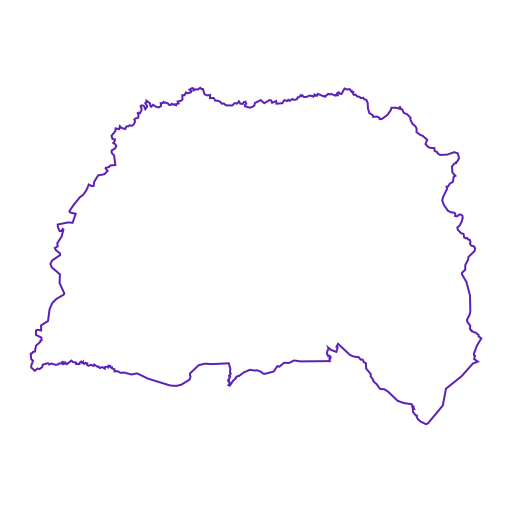 the district of Mueang Amnat Charoen, Amnat Charoen, Thailand
{"feature_id": "78962969B23558627244082", "entity_name": "Mueang Amnat Charoen", "entity_type": "district", "adm_level": 2, "iso_a3": "THA", "parent_name": "Thailand", "parent_adm1": "Amnat Charoen", "projection": "albers", "projection_center": [104.623, 15.875], "detail": "fine", "context": "isolated", "style": "outline", "palette": "violet", "viewbox_px": 512, "rotation_deg": 0, "n_neighbors": 0, "source": "geoboundaries", "source_scale": "gbopen_adm2", "svg_char_len": 5959}
<svg xmlns="http://www.w3.org/2000/svg" viewBox="0 0 512 512"><path d="M229.8,385.7L233.0,380.9L235.8,378.4L235.6,377.6L238.0,375.9L238.9,376.1L243.8,372.4L250.0,369.8L255.1,370.6L256.9,370.2L261.0,371.8L263.3,373.7L265.2,373.8L273.7,371.5L277.4,366.1L279.3,366.7L284.0,362.8L289.0,363.0L293.9,360.5L300.9,361.4L329.8,361.1L329.4,360.2L330.2,358.7L329.6,358.2L330.4,357.9L330.6,356.7L329.0,355.5L328.1,356.0L326.9,353.7L327.5,350.3L328.8,349.3L328.2,347.6L331.2,350.0L336.3,351.9L337.7,347.5L336.5,346.8L338.1,343.8L349.9,354.9L353.4,356.5L358.6,357.1L360.6,359.6L362.5,359.5L363.9,362.2L365.9,363.2L366.2,368.6L370.8,374.1L370.6,376.2L373.2,379.8L373.3,381.3L376.5,384.0L380.0,388.9L384.3,389.3L388.1,391.7L397.6,400.8L404.0,403.1L411.6,404.2L412.6,406.2L413.4,406.4L413.6,407.3L412.7,407.4L414.0,408.8L412.8,408.9L413.1,412.3L415.9,415.5L416.9,415.5L416.8,417.3L418.3,419.6L420.6,421.6L426.1,424.2L428.1,423.2L442.8,405.5L446.0,388.7L461.5,376.3L472.8,363.6L477.8,361.6L474.1,359.0L475.0,355.9L474.0,355.2L473.9,353.7L477.0,345.5L481.3,338.4L478.5,336.3L478.6,335.0L475.9,332.8L471.5,331.1L471.6,330.4L470.1,329.4L470.1,325.4L467.5,322.2L466.9,320.0L469.7,314.5L470.3,311.4L470.0,295.6L466.4,281.9L461.9,274.2L462.1,272.6L465.2,269.8L465.3,265.0L468.1,259.7L468.5,256.9L474.6,251.0L475.1,248.4L474.3,246.6L471.0,245.4L469.9,243.5L470.5,242.1L469.9,240.0L467.8,239.3L467.2,238.0L465.7,238.3L464.2,237.5L463.5,233.9L460.9,233.1L457.7,229.5L457.4,227.3L459.2,226.1L461.4,222.3L462.7,218.1L462.5,215.9L461.3,214.7L459.4,214.5L457.1,216.3L455.1,216.0L455.3,213.7L454.4,212.8L450.6,212.2L447.8,210.6L443.9,205.0L442.2,200.5L443.0,197.2L447.1,188.8L446.5,186.7L448.2,186.3L449.9,183.6L452.9,181.8L453.8,176.5L455.4,175.8L452.4,172.5L451.9,166.6L454.1,163.7L456.0,163.2L456.0,162.2L457.3,161.4L459.1,158.0L457.7,153.3L454.2,152.2L446.9,154.7L440.2,154.9L438.5,154.1L436.7,151.8L434.7,151.1L434.4,148.1L429.8,147.8L427.7,146.6L425.5,144.1L427.2,139.8L422.9,136.0L419.6,134.5L416.5,132.0L416.6,128.6L415.2,126.0L412.6,124.0L410.4,119.7L410.5,117.7L407.4,114.4L403.8,112.9L402.4,109.7L401.0,108.9L399.6,106.3L399.7,108.8L395.8,107.7L391.4,107.8L390.8,110.1L387.3,115.1L381.7,119.0L379.7,119.1L379.4,117.7L376.6,116.5L373.2,116.9L372.8,115.3L369.3,113.0L367.9,108.2L367.7,103.1L366.4,100.0L364.1,99.1L363.2,97.8L360.8,98.1L359.5,96.8L357.3,96.5L355.5,94.6L353.9,94.9L352.8,93.1L353.2,92.1L351.6,91.8L351.7,90.7L350.6,90.6L349.6,89.1L347.1,89.5L344.5,88.5L341.6,93.9L340.0,93.8L338.9,92.3L337.4,93.0L337.8,95.3L336.8,95.3L336.4,94.4L335.3,95.6L331.2,93.9L329.7,94.5L328.2,93.8L325.1,96.7L324.6,95.9L323.5,96.3L317.9,93.9L317.1,95.6L314.8,94.7L315.1,95.8L313.5,95.8L313.3,96.6L310.0,95.5L306.2,97.0L303.7,96.9L302.4,95.4L301.4,96.1L300.8,95.2L299.0,97.2L297.5,97.5L297.2,98.9L296.0,99.6L293.7,99.8L292.1,99.0L289.7,100.9L288.3,99.8L287.1,101.0L284.4,100.1L282.3,103.2L276.5,103.7L276.1,101.1L272.1,102.8L271.3,100.5L269.4,100.1L264.3,103.2L260.7,100.1L254.9,103.0L254.4,105.4L253.2,106.5L249.8,107.7L245.0,106.3L244.9,105.2L246.3,103.7L245.4,101.7L243.7,102.2L242.8,103.9L240.3,103.7L238.9,101.3L237.1,103.6L234.8,103.1L232.1,105.5L226.0,105.3L223.8,103.5L221.9,103.7L220.1,101.8L217.7,100.7L215.4,100.7L213.6,98.0L210.0,98.1L210.1,95.0L207.1,95.4L204.6,94.3L202.9,89.0L201.5,89.0L200.2,87.8L198.0,89.4L196.2,89.3L193.4,90.4L193.6,88.5L192.1,88.1L189.5,89.6L191.0,90.9L190.9,92.3L187.5,93.3L186.0,92.4L184.4,95.3L182.3,95.2L182.5,99.4L181.4,100.6L177.7,101.5L178.6,103.4L176.7,103.9L176.0,105.3L174.7,104.2L173.7,104.8L171.8,103.7L170.8,104.9L169.3,105.0L168.0,103.5L165.6,102.5L164.4,102.8L163.5,101.9L162.6,103.2L160.7,103.2L161.1,106.0L158.8,107.4L155.9,106.7L153.0,104.8L151.3,106.7L150.2,105.5L150.1,103.5L146.5,100.7L146.4,102.3L145.3,103.1L147.1,106.0L146.8,107.2L145.3,109.2L143.9,105.9L141.9,105.3L140.6,106.1L141.6,108.9L141.4,110.5L140.0,113.2L138.4,112.6L137.7,113.1L138.6,115.6L138.0,117.9L135.6,118.4L134.3,119.5L135.1,121.6L133.7,124.4L131.8,125.8L129.7,125.3L128.4,126.3L126.5,126.3L125.1,129.0L121.2,127.8L119.9,126.2L119.1,129.2L115.6,128.4L115.4,131.0L111.5,135.8L112.5,139.0L114.9,139.4L114.7,141.1L113.3,143.0L115.1,144.1L116.3,146.1L114.9,148.6L112.0,150.2L111.5,151.3L111.9,153.2L114.1,155.4L115.3,165.0L110.2,165.5L109.0,167.1L105.8,167.8L105.6,168.6L107.6,170.9L104.4,174.2L98.1,175.4L94.1,182.0L93.6,186.0L91.8,186.1L88.8,184.5L86.5,190.0L83.2,194.8L79.7,197.4L73.7,204.8L69.4,211.1L70.2,212.5L75.7,213.8L72.6,222.8L68.3,222.4L57.7,224.5L57.9,227.1L59.7,231.1L61.9,230.9L62.6,229.0L63.4,229.5L61.7,236.5L57.3,243.1L57.7,246.3L54.8,248.0L55.9,250.2L60.0,253.4L60.1,255.1L52.2,260.4L50.4,263.9L51.7,267.3L59.9,274.3L59.6,283.0L64.3,293.5L63.6,294.7L56.4,298.9L52.3,303.0L49.6,309.1L48.0,321.0L41.1,325.4L41.1,330.5L37.5,329.8L36.0,330.5L36.0,334.9L41.4,337.6L41.6,340.4L40.5,340.7L39.9,342.2L36.0,345.7L34.9,351.6L33.1,351.8L32.2,353.2L30.7,353.6L31.2,359.2L33.0,360.7L31.1,366.0L31.3,367.6L34.9,370.8L37.4,368.5L39.5,369.1L42.1,367.2L42.7,364.7L47.4,363.3L48.3,363.4L49.1,364.5L51.4,363.5L55.5,364.8L58.2,364.5L58.8,363.5L61.9,363.5L61.9,362.5L63.0,363.0L63.2,362.2L64.1,363.1L63.8,363.9L65.1,363.5L65.3,362.6L66.7,364.2L71.4,360.6L73.0,362.1L76.1,362.6L76.1,364.0L79.4,364.1L79.6,362.8L81.1,361.6L81.9,362.8L82.9,361.9L82.8,362.9L83.8,363.0L84.2,363.9L85.7,362.9L87.3,363.4L87.0,364.8L88.4,365.8L91.1,364.8L93.5,365.9L94.2,364.6L97.6,366.8L98.4,366.5L99.8,368.0L102.3,367.1L104.8,368.6L105.0,367.1L108.0,366.5L108.4,367.4L109.3,366.5L109.0,365.7L110.1,365.8L111.2,367.6L112.0,367.4L112.1,368.5L114.5,369.3L114.6,371.4L117.6,371.2L120.4,372.8L124.4,372.6L131.5,374.5L137.2,373.4L147.9,378.6L170.2,385.5L176.3,385.9L181.1,384.8L189.6,379.6L190.5,376.7L189.9,374.8L190.2,373.2L198.8,365.1L204.9,363.7L212.1,364.1L228.8,363.3L230.4,369.3L229.9,372.1L230.8,373.6L229.9,374.7L230.1,376.3L229.2,376.1L229.6,378.0L228.6,379.3L228.9,380.3L228.3,379.9L228.0,380.7L229.8,383.2L228.5,385.1L229.8,385.7Z" fill="none" stroke="#5b21b6" stroke-width="2"/></svg>